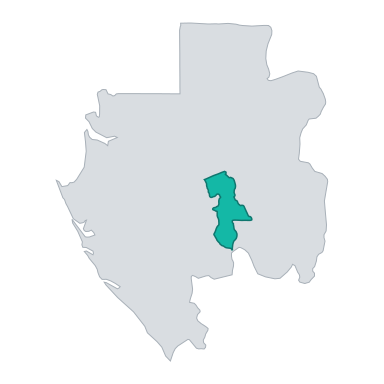 Lolo-Bouenguidi, Ogooué-Lolo, Gabon shown in context
{"feature_id": "22940354B13456808053161", "entity_name": "Lolo-Bouenguidi", "entity_type": "district", "adm_level": 2, "iso_a3": "GAB", "parent_name": "Gabon", "parent_adm1": "Ogooué-Lolo", "projection": "natural_earth1", "projection_center": [12.301, -1.15], "detail": "fine", "context": "in_parent", "style": "filled", "palette": "teal", "viewbox_px": 384, "rotation_deg": 0, "n_neighbors": 0, "source": "geoboundaries", "source_scale": "gbopen_adm2", "svg_char_len": 6552}
<svg xmlns="http://www.w3.org/2000/svg" viewBox="0 0 384 384"><path d="M271.9,30.7L271.7,34.5L268.0,43.8L266.2,51.0L265.8,58.6L266.8,64.7L268.6,69.1L269.8,73.9L268.9,77.2L267.1,78.6L268.3,80.3L271.0,80.7L275.6,79.3L282.7,76.7L292.0,73.0L298.1,71.0L308.2,72.3L313.6,73.7L316.4,76.3L319.3,87.2L320.8,88.9L323.3,93.6L325.3,99.2L325.7,102.0L325.5,104.0L323.5,107.1L321.2,111.5L320.3,114.2L318.4,116.2L316.0,118.2L309.2,119.0L308.2,120.2L306.3,124.9L302.7,128.9L301.1,132.7L299.7,137.8L300.0,144.0L299.3,153.1L298.5,159.2L300.3,161.3L308.4,162.8L309.9,164.0L312.1,167.8L314.8,171.4L322.2,173.6L325.1,176.3L327.4,179.3L327.7,181.7L326.0,191.5L324.4,201.0L325.0,208.1L325.6,215.0L326.5,224.9L326.1,231.0L324.0,234.7L324.0,237.6L325.0,241.1L323.1,250.8L321.9,252.5L318.6,254.3L316.9,256.9L316.4,261.0L314.6,266.6L312.7,268.6L312.7,271.2L314.5,273.2L314.5,276.1L311.2,279.5L309.2,282.2L304.8,283.5L299.8,282.1L298.6,280.2L299.8,277.2L299.4,274.8L297.7,272.2L295.0,265.7L292.6,264.3L291.3,267.0L287.2,272.0L280.0,278.3L274.9,278.8L265.6,276.9L257.8,273.8L254.1,266.4L251.8,260.3L248.4,253.1L244.7,249.7L240.7,247.6L238.9,247.4L233.2,251.4L231.5,253.0L231.5,256.3L232.0,259.4L232.9,260.9L233.6,262.9L233.5,266.0L232.5,270.2L232.1,274.8L214.2,279.2L211.1,277.6L208.8,275.6L206.1,275.9L198.3,278.3L195.5,276.6L192.6,275.4L191.3,276.4L191.2,278.4L192.6,289.2L192.1,293.3L190.4,298.6L189.5,302.3L194.2,303.3L195.9,305.0L197.6,307.7L199.9,310.2L200.1,311.8L197.5,314.6L196.6,318.1L197.8,320.8L201.1,323.6L205.8,326.6L208.1,328.5L207.9,330.2L205.7,334.0L204.8,337.2L203.3,340.0L203.6,342.7L205.8,345.1L205.5,347.4L204.1,349.0L201.2,348.7L198.7,348.9L196.4,348.2L189.4,339.7L187.9,339.4L177.8,346.0L175.2,348.7L173.2,352.6L170.4,361.0L165.7,356.1L161.8,347.1L157.1,341.7L147.4,332.8L144.8,326.3L133.6,311.9L117.6,297.5L106.0,285.0L104.2,282.2L106.2,282.6L117.4,288.8L118.9,288.1L120.2,286.7L115.3,283.4L110.7,280.9L106.4,279.3L102.1,279.4L99.6,276.8L98.0,272.7L97.2,269.3L95.3,265.7L89.2,258.3L87.7,255.5L84.3,251.5L86.4,251.0L93.0,254.8L93.5,253.3L93.0,251.1L86.3,247.5L82.8,247.3L81.9,244.8L82.4,241.9L77.7,231.2L72.7,223.1L72.0,219.3L85.2,236.8L87.0,237.1L89.4,237.0L94.9,235.0L93.8,232.6L91.3,230.1L88.9,231.3L85.8,231.5L84.2,230.5L83.4,228.7L86.5,220.1L85.2,220.6L84.2,222.1L82.5,222.8L79.8,223.3L73.3,218.7L67.5,206.4L66.0,203.8L64.5,199.5L62.9,197.8L56.3,180.3L58.9,181.6L61.9,186.6L67.7,185.6L70.0,182.6L72.0,182.7L74.1,182.1L76.7,179.3L84.2,167.2L86.2,151.3L85.5,141.8L84.4,132.5L86.9,129.5L87.9,131.4L88.4,134.8L89.6,137.2L92.2,139.5L97.2,140.0L104.9,143.5L107.7,145.7L108.4,141.3L117.3,137.5L114.6,136.2L106.7,137.7L95.9,132.1L92.3,128.5L89.0,121.7L85.5,118.1L85.8,114.9L93.5,112.0L95.6,112.3L96.4,115.9L98.5,117.3L99.3,116.8L99.6,113.8L99.7,105.8L97.3,94.3L98.0,92.1L100.1,91.3L102.0,89.7L103.4,89.5L106.0,89.7L107.3,92.4L108.0,93.9L110.7,94.5L112.9,96.0L114.7,95.6L116.3,93.9L118.6,93.6L125.6,93.6L132.0,93.6L144.8,93.7L157.6,93.7L170.3,93.8L180.0,93.8L179.9,87.2L179.9,77.1L179.8,65.1L179.8,53.6L179.7,42.9L179.6,30.4L180.2,26.8L180.8,25.3L180.6,23.2L190.5,23.0L208.3,24.0L216.2,23.8L218.4,24.0L228.1,23.4L236.1,24.2L239.4,25.1L242.4,25.5L251.9,26.1L264.3,25.4L268.5,25.5L270.8,27.3L271.9,30.7Z" fill="#d9dde1" stroke="#a8b0b8" stroke-width="1"/><path d="M204.4,179.6L204.8,180.1L205.2,180.9L205.6,181.6L206.0,182.5L206.5,183.5L206.6,184.5L206.6,185.4L206.7,186.1L206.9,186.7L207.1,187.4L207.2,188.0L207.3,188.4L207.6,188.8L207.9,189.2L208.1,189.7L208.3,190.2L208.3,190.9L208.3,191.7L208.4,192.3L208.7,192.7L209.1,193.2L209.4,194.0L209.4,194.6L209.5,195.6L209.7,196.3L210.0,196.8L210.5,197.2L210.9,197.4L211.5,197.4L212.0,197.3L212.4,197.1L212.9,196.9L213.3,196.7L213.8,196.6L214.7,196.4L215.6,195.7L216.2,195.0L216.5,194.6L216.8,194.3L217.2,194.1L217.6,194.1L218.2,194.1L218.8,194.3L219.2,194.6L219.5,194.9L219.5,195.3L219.7,195.9L220.0,196.2L220.3,196.5L220.5,196.8L220.6,197.4L220.2,197.9L219.8,198.1L219.4,198.6L219.2,199.2L219.0,199.8L218.8,200.9L218.8,202.5L218.9,203.7L218.8,204.3L218.5,205.1L218.1,205.9L217.8,206.2L217.4,206.4L216.9,206.5L216.4,206.8L216.0,207.2L215.4,207.5L214.4,207.6L213.8,207.8L213.4,208.0L212.9,208.5L212.7,209.0L212.8,209.5L213.1,209.8L213.6,210.0L214.3,210.2L214.7,210.4L215.2,210.7L215.5,211.0L216.1,211.1L216.5,211.2L217.0,211.4L217.2,211.6L217.2,215.6L217.3,216.1L217.5,216.7L217.7,217.4L218.2,218.2L218.4,218.9L218.6,219.5L218.8,220.4L218.8,221.3L218.9,222.5L218.9,223.8L218.9,224.6L218.6,225.1L218.1,225.6L217.3,226.5L216.8,227.4L216.3,228.5L216.0,229.4L215.7,230.3L215.4,231.1L214.9,232.3L213.9,234.2L214.0,234.6L214.2,235.2L214.5,235.6L214.9,236.1L215.1,236.7L215.9,238.0L216.5,239.0L216.8,239.9L217.3,240.6L218.1,241.6L218.6,242.1L219.0,242.5L219.6,243.1L220.0,244.0L220.4,244.4L221.7,245.4L221.8,245.5L222.3,245.8L223.0,245.8L223.6,246.1L224.2,246.6L224.8,247.0L225.6,247.5L226.7,247.8L228.1,248.0L230.0,248.2L231.2,248.6L232.0,249.9L232.4,249.7L232.4,249.4L232.3,248.2L232.5,246.9L232.7,244.9L232.9,243.8L233.5,242.0L233.8,241.2L234.5,240.4L235.3,239.7L236.1,238.6L236.5,237.8L236.9,236.2L237.0,234.9L236.9,233.7L236.5,232.7L236.2,231.9L235.8,231.3L235.2,230.6L234.5,229.8L234.1,228.9L233.9,227.8L233.7,226.1L233.4,224.6L233.4,223.7L232.9,223.1L232.4,222.5L232.3,221.7L232.3,220.9L232.7,220.4L234.0,220.1L235.7,220.1L238.0,220.2L241.8,220.4L244.9,220.3L249.3,220.4L250.9,220.3L251.8,219.8L251.8,219.0L251.5,218.0L250.8,217.0L249.9,216.5L249.0,216.5L248.3,215.8L247.8,214.7L247.2,213.3L246.1,211.0L245.4,209.4L244.8,208.2L244.4,207.1L244.0,206.4L243.7,205.9L243.4,205.6L242.8,205.4L242.3,205.3L241.5,205.3L241.2,205.4L240.9,205.6L240.6,205.6L240.0,205.2L239.5,204.8L239.0,204.4L238.5,204.0L238.0,203.2L237.8,202.6L237.6,202.1L237.4,201.5L237.0,200.9L236.7,200.6L236.1,200.4L235.4,200.1L235.0,199.5L234.8,198.9L234.5,198.2L234.3,197.7L234.0,197.3L233.9,196.9L234.4,196.6L234.6,196.2L234.9,195.8L235.0,195.2L234.9,194.6L234.6,194.1L234.4,193.4L234.3,193.0L234.0,192.4L234.1,191.9L234.2,191.2L234.3,190.3L234.5,189.3L234.8,188.9L235.2,188.3L235.4,187.3L235.5,186.6L235.5,185.6L235.4,184.7L235.1,183.7L234.9,182.9L234.5,181.5L234.3,180.8L234.0,180.0L233.7,179.6L233.4,179.0L233.0,178.5L232.5,178.2L232.0,178.0L231.5,177.9L231.2,177.6L230.5,177.4L230.3,177.4L229.9,177.6L229.6,177.7L229.0,177.6L228.5,177.1L227.9,176.5L227.4,176.0L226.8,175.5L226.4,175.0L226.1,174.8L225.7,174.7L225.4,174.5L225.4,174.2L225.7,173.8L226.0,173.4L226.0,172.6L226.0,172.2L225.6,171.9L225.1,171.7L224.6,171.4L222.0,172.3L218.2,173.9L213.5,175.6L210.4,177.0L206.2,178.9L204.4,179.6Z" fill="#14b8a6" stroke="#0f766e" stroke-width="1.5"/></svg>